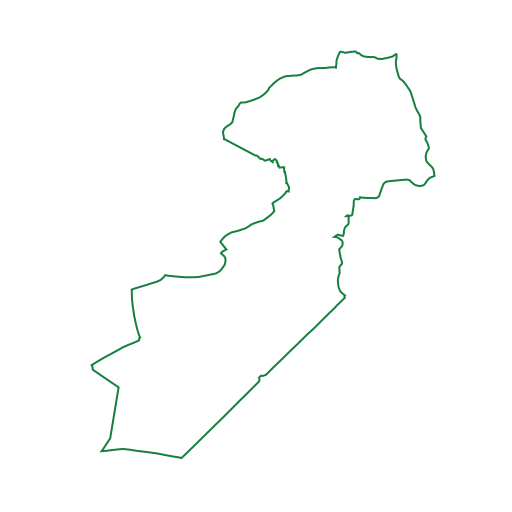 the district of 3e Arrondissement, Analamanga, Madagascar, rotated 258°
{"feature_id": "10022922B59270450060951", "entity_name": "3e Arrondissement", "entity_type": "district", "adm_level": 2, "iso_a3": "MDG", "parent_name": "Madagascar", "parent_adm1": "Analamanga", "projection": "robinson", "projection_center": [47.533, -18.895], "detail": "fine", "context": "isolated", "style": "outline", "palette": "green", "viewbox_px": 512, "rotation_deg": 258, "n_neighbors": 0, "source": "geoboundaries", "source_scale": "gbopen_adm2", "svg_char_len": 6134}
<svg xmlns="http://www.w3.org/2000/svg" viewBox="0 0 512 512"><g transform="rotate(258 256 256)"><path d="M297.2,447.2L300.4,447.5L302.9,447.5L304.0,447.5L306.1,446.7L307.1,446.2L308.8,444.9L311.1,443.5L312.9,442.5L315.6,442.4L316.9,442.5L318.3,442.8L319.4,443.1L321.3,444.1L322.3,444.7L323.7,446.0L324.9,447.2L325.2,447.4L325.9,447.6L327.7,447.5L329.7,447.3L331.0,447.1L332.8,446.6L334.2,446.0L335.3,446.2L336.2,446.4L337.1,447.0L337.6,447.5L338.8,447.0L345.2,444.6L346.7,443.9L351.2,444.4L353.6,444.8L355.2,445.0L356.1,445.3L357.3,445.5L358.6,445.4L359.9,445.3L364.1,443.9L366.1,443.4L368.2,442.9L370.3,442.7L373.0,442.5L376.1,442.2L378.8,441.9L381.2,441.7L385.3,441.2L390.1,439.2L391.4,438.8L396.0,436.5L396.9,436.0L398.5,434.5L399.5,433.6L401.5,433.0L404.6,432.7L408.2,432.5L411.2,432.5L413.9,432.6L416.5,433.1L418.3,433.6L420.0,434.4L422.2,435.1L423.7,435.3L424.2,435.3L424.4,435.1L423.9,433.7L423.7,433.1L423.3,432.6L422.8,430.9L422.7,429.9L422.5,426.8L422.5,422.3L422.5,420.4L422.9,418.8L423.6,416.0L424.6,414.9L425.8,413.2L426.3,411.8L427.0,408.4L427.9,405.3L428.8,403.1L429.5,402.0L430.6,400.7L432.2,399.5L433.2,398.6L433.2,397.3L435.1,396.2L435.4,395.9L436.0,390.3L436.1,387.0L436.3,385.0L437.0,384.1L438.0,382.0L438.2,380.7L436.5,379.3L434.2,377.6L431.3,375.8L429.2,375.0L427.9,374.8L424.6,373.6L423.6,373.3L424.3,372.2L424.7,369.9L425.2,366.7L425.4,363.8L426.0,360.0L426.9,356.1L427.1,354.3L427.1,351.7L427.1,349.4L427.0,348.5L426.8,347.4L425.5,342.5L424.6,339.7L424.0,337.9L424.0,336.6L424.0,334.7L424.2,332.7L424.7,329.9L425.0,328.8L425.1,325.9L425.5,324.2L425.6,321.7L425.3,320.0L425.2,319.4L424.5,316.2L423.2,313.0L421.1,309.0L418.8,305.6L418.2,304.5L417.3,303.5L416.2,302.9L414.9,301.3L412.8,298.0L411.2,294.6L410.4,292.7L409.5,287.7L408.9,283.0L408.4,278.1L409.2,272.9L408.0,271.3L406.9,270.4L405.7,269.1L404.3,267.1L401.7,265.3L400.1,264.5L398.1,263.7L391.9,260.7L391.1,259.7L390.0,257.7L389.0,254.9L387.9,252.6L387.0,251.3L386.3,250.9L384.5,249.6L383.6,249.4L377.9,249.2L376.9,249.0L376.8,249.5L354.4,276.3L354.0,277.9L352.5,278.9L350.1,280.4L349.6,282.5L347.4,284.5L347.5,286.6L348.0,289.7L346.8,289.9L345.0,291.2L344.4,291.8L344.8,291.9L345.9,292.5L346.3,293.5L346.9,294.5L346.2,295.2L345.6,295.7L345.0,295.9L343.7,296.2L343.3,295.8L342.9,296.4L340.2,296.8L340.3,296.3L339.5,296.3L339.6,297.0L338.1,297.3L337.5,297.4L337.5,298.3L337.2,301.1L336.8,302.0L334.9,301.4L331.9,301.3L331.9,301.8L331.3,301.7L329.7,301.7L328.4,301.8L327.4,301.7L325.6,301.6L324.3,301.5L323.3,301.3L323.0,301.3L322.4,301.3L321.7,301.3L321.3,301.0L321.0,300.8L320.8,301.2L320.6,301.6L319.5,301.7L317.7,302.3L316.5,302.6L316.0,302.6L314.3,301.8L313.4,301.4L312.4,301.4L312.6,300.9L312.9,299.4L312.6,298.8L311.8,298.2L310.6,296.8L307.5,291.9L304.5,283.7L303.9,283.0L302.3,283.4L296.3,283.1L296.1,283.2L295.4,282.4L294.6,281.3L293.6,279.7L293.2,279.1L292.4,277.6L291.1,274.8L290.1,272.6L289.1,270.5L289.0,267.1L288.7,263.3L288.2,260.1L287.8,258.1L287.3,257.0L286.4,254.7L285.3,251.5L285.0,249.1L284.6,245.5L284.3,242.6L284.2,237.0L282.9,232.7L282.0,230.4L281.0,228.7L279.7,226.9L277.3,224.0L273.3,226.0L270.4,227.5L268.6,228.4L267.7,225.4L267.0,223.6L266.1,222.3L262.3,224.9L260.4,225.6L257.3,225.1L254.3,223.8L251.6,221.1L249.2,218.2L248.1,216.0L247.4,213.8L247.2,212.2L247.4,195.9L248.0,191.6L249.8,182.8L250.9,178.9L252.9,172.4L254.6,167.1L256.1,163.1L254.8,161.8L253.3,159.5L252.3,157.5L251.8,155.1L251.5,154.0L251.1,149.1L250.5,143.2L249.9,136.4L249.5,131.1L249.0,127.5L241.8,126.1L237.8,125.5L231.5,124.9L226.0,124.6L223.2,124.4L216.0,124.4L210.4,124.5L205.2,124.9L203.4,125.1L200.3,125.7L199.8,124.7L199.2,124.4L198.4,124.3L198.0,124.3L197.3,122.1L197.0,120.7L196.3,117.1L195.7,113.2L194.9,109.4L194.5,107.1L193.4,103.9L187.8,85.1L186.0,79.7L184.0,74.1L183.4,72.5L182.0,72.9L180.5,72.9L178.7,72.7L156.1,94.3L108.0,75.5L98.7,66.1L97.1,64.4L96.7,68.0L95.9,77.2L95.0,85.5L92.9,91.9L89.8,100.0L87.0,108.4L85.0,113.8L83.2,118.8L80.7,124.6L77.2,133.0L74.7,139.6L74.4,139.9L73.8,141.0L77.3,146.7L89.9,166.5L100.4,182.9L104.7,189.8L108.8,196.1L112.9,202.4L116.7,208.2L119.0,211.7L121.6,215.9L125.1,221.3L128.2,226.0L130.5,229.6L131.7,231.6L132.4,232.6L133.6,233.4L134.4,233.6L134.7,233.7L135.5,233.8L135.8,233.8L136.5,233.8L137.9,236.0L137.6,236.6L137.4,237.5L137.3,238.4L137.5,239.2L137.6,240.1L137.7,241.0L144.0,250.7L145.5,253.2L151.4,262.6L152.8,264.8L156.1,269.9L158.3,273.5L161.8,279.2L164.0,282.6L168.7,289.9L172.4,296.4L177.1,303.7L181.2,310.0L185.5,316.7L188.9,322.2L190.9,325.0L196.7,334.2L197.4,334.1L197.9,334.1L198.3,334.3L198.8,334.9L199.6,334.2L202.8,331.7L204.4,331.0L207.4,330.4L209.1,330.3L210.6,330.4L212.7,330.7L213.9,330.8L215.2,331.0L216.3,331.4L217.4,331.8L219.4,332.7L221.3,333.9L222.2,334.4L223.3,334.4L224.6,334.7L226.5,334.9L227.3,335.0L228.0,335.5L229.0,336.3L229.8,337.6L230.3,338.2L231.0,338.7L232.0,338.9L236.4,338.4L239.2,338.5L242.4,338.6L244.6,338.7L245.2,338.8L245.5,339.1L247.6,342.0L248.0,342.4L248.5,342.7L249.5,343.1L250.4,343.4L252.1,343.6L253.4,343.1L254.9,341.8L257.1,339.7L257.7,338.6L258.1,337.8L258.4,336.7L259.9,340.3L258.3,343.4L257.6,345.4L259.0,346.2L260.3,346.8L261.9,347.1L263.8,348.0L265.4,349.0L266.8,351.1L268.0,353.0L269.4,353.6L270.5,353.8L271.7,353.9L272.8,354.3L275.2,354.9L275.5,354.6L275.9,353.8L276.1,353.2L276.2,352.6L276.6,353.2L276.7,354.0L276.5,354.7L275.9,355.1L275.8,357.4L275.9,357.9L276.2,358.6L276.7,358.9L277.7,359.2L283.4,361.4L284.3,361.8L285.5,362.1L287.1,362.5L288.3,362.8L289.2,363.0L290.0,363.4L290.7,364.1L291.1,364.6L290.7,366.4L290.2,367.7L290.3,369.0L291.9,370.1L291.3,370.9L289.9,376.0L288.9,380.0L287.9,384.2L287.7,385.3L287.7,386.2L288.2,387.6L288.9,388.8L292.6,391.0L295.8,392.9L297.7,394.2L299.4,395.2L300.3,396.2L300.9,397.0L301.4,398.2L301.6,399.4L301.5,400.7L301.5,401.3L301.3,403.8L301.0,406.2L300.6,409.4L300.0,414.5L299.6,418.1L299.1,420.1L298.9,420.7L297.9,422.3L297.1,422.6L294.0,424.9L292.6,426.2L292.1,426.9L291.2,428.6L290.4,430.7L290.3,431.1L290.3,433.3L290.4,434.3L290.7,435.1L291.2,435.9L291.7,436.6L293.0,437.8L294.4,439.3L295.5,440.9L296.2,442.1L296.6,443.6L296.9,445.6L297.2,447.2Z" fill="none" stroke="#15803d" stroke-width="2"/></g></svg>